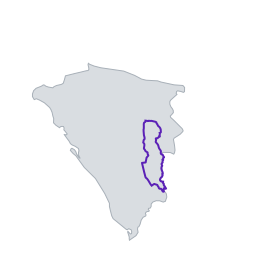 where Jinotega sits in Nicaragua, rotated 141°
{"feature_id": "NIC-656", "entity_name": "Jinotega", "entity_type": "Department", "adm_level": 1, "iso_a3": "NIC", "parent_name": "Nicaragua", "parent_adm1": "", "projection": "equal_earth", "projection_center": [-85.491, 13.798], "detail": "fine", "context": "in_parent", "style": "outline", "palette": "violet", "viewbox_px": 256, "rotation_deg": 141, "n_neighbors": 0, "source": "natural_earth", "source_scale": "10m", "svg_char_len": 4696}
<svg xmlns="http://www.w3.org/2000/svg" viewBox="0 0 256 256"><g transform="rotate(141 128 128)"><path d="M197.5,39.9L196.6,41.4L195.7,42.4L193.7,47.4L193.1,47.8L192.9,44.2L191.7,43.7L190.4,45.0L189.6,46.9L190.8,49.3L191.9,49.3L193.1,50.0L196.6,66.9L195.9,70.0L193.8,74.6L191.8,78.7L189.8,81.2L187.3,91.8L185.1,109.2L186.8,124.8L186.0,139.2L186.7,142.7L186.9,146.9L185.2,147.7L184.3,147.5L183.3,144.9L183.4,142.6L184.4,139.9L184.8,136.3L184.3,134.4L183.4,138.5L181.6,140.4L180.5,141.1L179.4,143.2L180.6,147.1L182.1,150.0L182.6,152.1L182.1,154.6L181.7,163.0L181.2,162.8L180.6,161.6L179.0,161.6L178.9,165.0L179.0,166.9L177.6,168.3L177.2,169.8L178.3,170.8L179.5,171.5L181.0,171.3L182.3,175.5L182.6,178.9L179.8,182.1L178.8,184.7L177.2,187.8L176.3,190.9L176.0,193.2L177.1,200.2L179.1,205.2L180.8,208.4L183.0,209.1L182.5,212.5L180.8,214.6L177.8,216.4L174.4,216.7L169.0,215.0L166.7,214.8L165.9,213.9L165.6,212.3L164.0,209.8L161.1,206.5L159.5,206.7L156.8,206.0L152.3,203.8L150.2,203.5L147.2,205.4L143.8,207.9L135.4,204.0L129.6,201.2L124.3,198.7L122.9,197.8L121.7,198.0L120.7,199.3L119.6,201.6L119.2,202.3L118.6,202.9L117.9,203.1L117.9,202.0L115.3,197.4L111.2,191.9L95.5,174.9L89.8,164.8L86.7,157.5L83.8,153.7L75.3,146.0L73.4,142.9L65.0,132.5L58.6,126.5L58.5,123.9L61.2,120.7L62.5,120.8L63.9,123.1L66.1,125.7L67.2,125.8L68.8,124.6L68.8,123.3L77.4,122.8L78.9,122.2L80.5,120.2L81.3,117.6L81.4,115.0L81.8,113.2L83.1,111.4L85.7,110.9L87.6,110.7L88.2,109.5L87.6,105.6L86.6,96.1L86.3,93.5L86.7,91.5L87.5,90.8L91.3,90.3L98.5,91.1L99.9,90.5L102.8,85.2L105.4,81.2L107.4,79.5L108.9,78.9L110.6,82.4L116.7,87.5L117.7,87.1L118.3,86.9L118.5,86.1L118.4,83.8L119.9,81.7L123.0,79.8L126.2,76.5L129.4,71.7L132.1,68.9L134.5,68.1L135.4,66.8L134.8,65.0L135.0,62.5L135.9,59.3L137.3,57.4L139.0,56.9L139.7,55.9L139.4,54.3L139.7,52.6L141.3,49.9L145.1,47.5L147.3,48.3L149.2,51.5L151.8,53.7L155.1,54.8L157.7,54.4L159.5,52.4L161.2,51.8L162.6,52.6L163.4,52.1L163.5,50.4L164.2,50.1L165.7,51.0L167.0,51.2L168.1,50.8L168.5,49.9L168.7,49.1L169.6,48.5L172.5,49.1L175.7,48.1L179.2,45.6L181.6,44.5L182.8,44.7L184.2,43.5L185.8,40.6L189.5,39.3L197.5,39.9Z" fill="#d9dde1" stroke="#a8b0b8" stroke-width="1"/><path d="M138.2,58.5L138.9,58.1L140.0,56.6L140.1,56.1L140.3,56.1L140.5,56.2L140.7,56.3L140.8,56.5L140.9,56.9L140.9,57.2L140.7,57.8L140.7,58.0L140.7,58.3L140.7,58.5L140.6,58.9L140.6,59.1L140.6,59.5L140.6,59.9L140.6,60.0L141.1,60.5L141.5,60.8L141.7,61.0L141.8,61.3L141.8,61.6L141.8,62.0L141.4,62.8L141.4,63.0L141.4,63.9L141.4,64.1L141.2,64.7L141.1,65.0L141.1,65.3L141.2,65.6L141.8,66.5L142.3,67.2L142.7,67.9L142.9,68.0L143.1,68.1L145.9,68.3L145.9,68.9L145.9,69.9L145.2,74.6L145.1,76.5L145.4,78.1L145.4,78.5L145.1,79.3L143.2,83.5L139.3,91.7L139.1,91.9L139.0,92.0L136.1,90.2L135.9,90.2L132.2,93.3L129.6,93.8L129.5,94.0L129.3,94.4L129.1,95.4L128.8,95.9L128.6,96.2L128.3,96.5L128.2,96.7L128.3,97.1L128.5,97.8L128.7,98.3L128.9,98.8L128.9,99.2L128.6,100.5L128.6,101.3L128.6,101.5L128.6,101.8L128.4,102.2L128.1,102.5L126.4,104.0L125.5,105.1L125.3,105.6L125.3,107.1L123.6,108.6L123.0,108.9L122.3,108.9L121.6,109.5L121.2,110.1L120.7,111.1L120.2,112.3L117.9,115.7L116.8,117.1L116.4,117.3L115.0,118.9L113.3,121.1L112.6,121.7L112.3,121.9L111.9,122.0L110.8,121.9L110.4,122.0L110.2,122.1L109.8,122.7L108.8,121.7L108.3,121.0L107.9,120.7L107.6,120.5L107.2,120.5L106.5,119.7L105.2,118.7L102.8,115.6L102.6,115.2L102.4,114.6L102.8,113.8L102.9,113.1L102.8,112.6L103.3,110.9L103.0,109.1L103.0,108.2L103.1,107.5L103.3,106.9L103.5,106.3L104.6,104.7L105.1,104.1L105.6,104.0L106.1,104.0L106.5,104.2L106.7,103.7L107.9,102.5L108.2,102.0L108.5,101.5L108.9,101.4L109.2,101.9L109.5,101.7L111.1,101.5L111.7,101.6L112.0,101.8L112.3,102.1L112.5,102.3L113.0,102.3L113.2,102.1L113.7,101.1L114.4,100.4L114.9,100.1L115.3,99.5L115.2,97.1L115.3,96.0L115.6,95.1L116.5,93.1L116.6,92.6L116.7,92.0L116.8,90.0L117.0,89.4L117.3,88.9L118.0,88.3L118.1,88.2L118.3,88.0L118.6,87.3L118.6,86.7L118.4,86.2L118.0,86.0L117.9,85.6L118.0,84.8L118.3,83.6L118.3,82.7L118.5,82.5L118.8,82.6L119.4,82.6L119.7,82.4L120.4,81.7L120.6,81.8L120.8,81.8L120.8,81.6L121.0,81.5L120.9,81.0L122.0,80.6L122.3,80.2L122.6,79.6L123.3,79.3L123.5,79.3L124.1,79.2L124.6,78.9L124.9,78.3L125.0,77.7L125.2,77.1L126.3,76.7L126.8,76.3L127.6,75.5L127.9,74.9L128.3,74.1L128.5,73.3L128.8,72.3L129.1,71.6L129.4,71.0L129.7,70.7L129.8,70.6L130.2,70.7L130.3,70.7L130.5,70.2L130.7,69.9L130.8,69.6L131.0,69.4L131.3,69.3L132.0,68.8L132.3,68.7L133.5,68.7L134.3,68.5L135.0,68.2L135.7,67.7L136.0,67.0L136.0,66.1L135.6,65.2L135.0,64.6L134.5,64.2L135.4,63.3L135.4,63.0L135.3,62.4L135.4,62.2L136.1,61.2L136.2,60.9L136.3,58.8L136.4,57.7L136.6,57.1L137.2,57.3L137.7,58.0L138.2,58.5Z" fill="none" stroke="#5b21b6" stroke-width="2"/></g></svg>